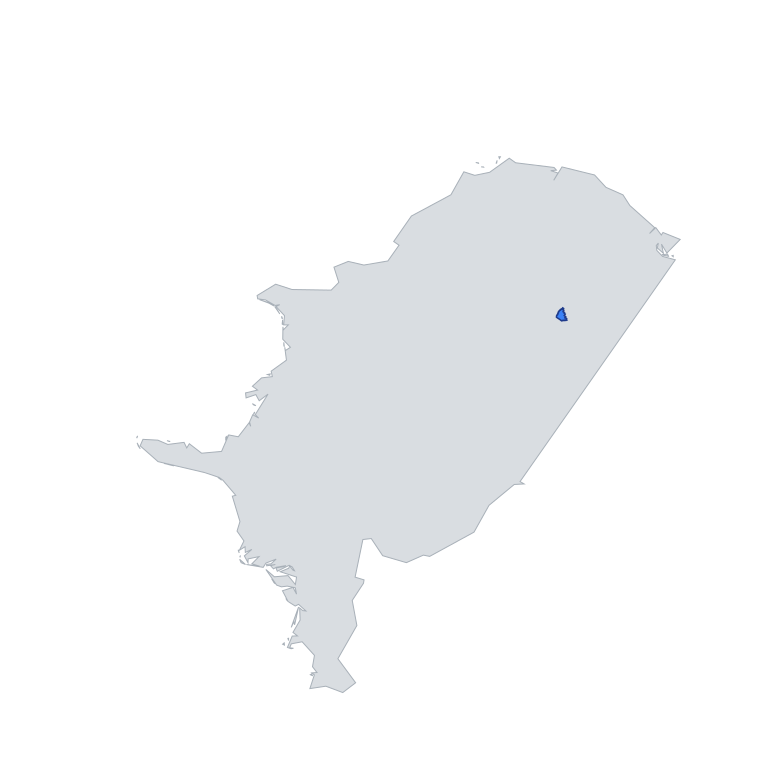 Fremont, Idaho, United States of America (highlighted), rotated 125°
{"feature_id": "52423323B19841424065600", "entity_name": "Fremont", "entity_type": "district", "adm_level": 2, "iso_a3": "USA", "parent_name": "United States of America", "parent_adm1": "Idaho", "projection": "equal_earth", "projection_center": [-111.419, 44.319], "detail": "fine", "context": "in_parent", "style": "filled", "palette": "blue", "viewbox_px": 768, "rotation_deg": 125, "n_neighbors": 0, "source": "geoboundaries", "source_scale": "gbopen_adm2", "svg_char_len": 4996}
<svg xmlns="http://www.w3.org/2000/svg" viewBox="0 0 768 768"><g transform="rotate(125 384 384)"><path d="M597.4,267.7L635.5,264.2L645.0,235.9L660.4,240.8L664.9,258.3L676.0,270.0L662.2,274.2L662.1,277.5L658.8,273.4L656.6,280.4L646.2,285.3L642.1,303.2L650.0,310.9L654.2,310.0L652.4,306.6L654.1,308.2L655.2,312.0L643.1,314.6L640.0,310.4L639.7,316.1L625.5,317.3L615.8,324.6L616.2,320.5L614.7,317.8L613.5,327.6L616.8,329.4L617.2,337.8L611.6,348.6L602.8,341.9L606.3,335.1L601.8,339.8L605.1,347.4L609.0,351.7L610.3,356.6L603.7,374.4L604.8,363.2L596.0,352.7L599.1,341.6L592.3,344.9L597.3,361.3L589.6,356.4L587.2,356.9L588.7,351.7L588.3,350.2L586.5,354.2L586.9,357.7L598.6,364.0L596.6,367.0L591.0,361.2L589.0,360.2L596.0,367.2L598.8,368.5L597.9,372.7L594.2,369.5L600.2,375.8L599.1,376.7L596.1,373.4L589.3,371.9L598.4,378.0L603.5,377.8L610.8,393.2L604.6,381.4L607.1,389.1L597.1,387.4L605.2,395.0L608.4,392.9L604.9,399.8L595.3,397.4L601.5,401.0L597.0,404.5L603.1,407.1L592.9,408.7L588.8,420.0L579.3,423.1L562.9,443.9L560.2,441.6L555.2,460.8L555.1,465.5L559.5,480.3L577.2,524.6L574.5,548.3L567.6,549.7L559.7,537.0L557.5,526.4L546.5,514.3L549.5,508.9L544.6,509.2L545.3,493.7L532.4,478.4L514.8,482.0L510.8,473.1L493.2,472.3L495.1,468.9L492.3,472.3L484.5,473.9L483.8,467.1L482.9,471.9L458.8,473.2L469.3,476.6L466.2,482.9L474.5,489.0L470.7,492.3L461.5,484.1L461.3,490.5L449.2,487.8L442.0,479.7L438.2,483.8L420.4,477.6L410.8,486.4L413.2,484.0L407.6,481.7L405.4,492.6L395.1,499.6L397.5,497.5L390.5,496.3L393.1,500.1L385.1,504.7L382.5,516.9L378.8,514.9L382.1,518.2L383.1,529.4L386.7,536.3L384.3,538.7L364.4,530.0L359.4,513.6L337.4,481.1L326.7,479.3L317.0,492.0L304.1,483.6L298.1,468.7L281.0,451.4L261.7,451.3L261.7,457.8L230.7,457.9L190.6,437.7L164.4,440.3L161.0,429.3L150.0,418.9L127.2,410.9L127.3,403.1L109.1,368.9L109.9,365.4L113.6,369.8L111.4,362.5L119.8,361.8L104.1,362.7L92.0,331.4L95.6,315.0L92.0,296.7L96.8,285.0L100.7,251.9L108.4,252.8L100.0,251.1L102.9,242.3L99.9,242.4L95.7,224.3L114.5,227.4L110.3,236.9L116.7,230.1L115.8,238.1L111.2,240.1L114.4,240.4L118.1,237.1L119.7,229.0L115.2,216.6L385.9,216.6L385.5,211.9L391.6,219.7L423.1,228.4L453.7,225.3L499.0,247.7L501.6,253.6L517.5,263.2L525.4,286.6L517.9,305.8L523.5,312.1L558.8,296.9L555.9,288.0L559.0,286.5L579.5,285.9L597.4,267.7ZM630.5,321.4L636.6,320.4L615.6,326.1L632.5,319.1L630.5,321.4ZM116.2,224.2L118.4,229.3L118.2,230.1L115.0,226.2L116.2,224.2ZM386.3,534.3L383.3,524.4L383.2,518.8L383.8,524.7L386.3,534.3ZM663.9,274.9L664.4,277.6L663.2,277.1L663.9,274.9ZM442.4,482.6L443.1,484.9L441.0,483.0L442.4,482.6ZM135.9,419.6L138.5,418.4L138.7,418.8L135.9,419.6ZM133.1,418.8L132.0,420.3L131.1,419.0L133.1,418.8ZM648.9,315.0L647.5,316.8L647.0,316.3L648.9,315.0ZM384.5,513.7L383.2,518.1L386.4,509.5L384.5,513.7ZM571.9,509.9L575.3,518.7L571.4,509.1L571.9,509.9ZM149.2,426.7L150.4,429.0L149.1,426.9L149.2,426.7ZM575.8,549.6L573.8,552.5L576.9,546.5L575.8,549.6ZM612.3,398.5L610.4,401.7L611.3,393.9L612.3,398.5ZM113.8,220.1L113.8,221.6L112.8,220.9L113.8,220.1ZM393.3,501.8L389.5,503.9L393.3,501.2L393.3,501.8ZM655.0,315.8L655.3,317.8L653.3,317.3L655.0,315.8ZM149.0,433.1L149.9,435.9L148.7,433.4L149.0,433.1ZM388.7,505.5L387.2,506.7L388.5,504.9L388.7,505.5ZM609.9,360.0L608.0,364.3L610.0,358.4L609.9,360.0ZM409.7,488.3L407.3,490.0L410.7,487.0L409.7,488.3ZM555.9,463.1L555.8,466.6L555.3,464.1L555.9,463.1ZM604.1,407.7L603.3,408.3L605.4,405.7L604.1,407.7ZM521.1,481.2L518.3,483.1L517.1,482.7L521.1,481.2ZM483.3,473.3L482.8,473.9L481.0,473.8L483.3,473.3ZM554.2,526.8L554.9,529.3L553.7,526.2L554.2,526.8ZM475.9,478.3L475.6,480.6L475.2,476.5L475.9,478.3ZM569.5,555.9L567.8,556.1L570.1,555.4L569.5,555.9ZM616.9,339.3L616.0,341.4L617.0,338.4L616.9,339.3ZM608.6,402.4L607.7,403.2L607.4,403.1L608.6,402.4Z" fill="#d9dde1" stroke="#a8b0b8" stroke-width="1"/><path d="M224.6,273.7L224.6,275.6L222.8,275.6L222.8,276.8L222.2,276.8L222.1,277.9L222.1,278.5L221.6,278.5L221.6,279.0L220.4,279.0L220.3,280.2L219.1,280.2L219.1,281.3L220.9,281.3L220.9,281.9L222.3,281.9L222.3,282.3L223.8,282.3L223.8,282.5L225.2,282.5L225.2,282.3L225.4,282.2L225.5,282.0L225.8,281.9L226.0,281.9L226.1,282.0L226.5,282.1L226.8,282.0L227.3,281.6L227.5,281.9L227.7,282.0L228.0,281.9L228.3,281.8L228.5,281.6L229.0,281.8L229.1,281.7L229.7,281.4L229.8,281.4L230.3,281.2L230.4,280.9L230.4,280.7L230.4,280.1L230.4,279.4L230.3,276.3L230.4,276.0L230.4,275.2L230.4,274.7L230.2,274.6L229.7,274.5L229.5,274.3L229.4,274.1L229.5,273.9L229.3,273.8L229.1,273.7L229.0,273.4L228.8,273.4L228.6,273.3L228.5,273.2L228.4,272.9L228.6,272.7L228.3,272.4L228.1,272.4L228.1,272.1L227.7,271.6L227.6,271.4L227.4,271.3L227.2,271.4L227.1,271.2L226.9,271.0L226.8,271.4L226.7,271.6L226.4,271.4L226.0,271.6L225.9,271.6L225.9,271.9L226.0,271.9L226.1,272.0L225.8,272.4L225.7,272.4L225.7,272.5L225.6,272.8L225.5,273.0L225.6,273.3L225.7,273.5L225.9,273.5L226.1,273.7L226.1,273.8L225.8,273.8L225.6,273.8L225.5,273.7L225.3,273.6L225.2,273.6L224.9,273.5L224.6,273.7L224.6,273.7Z" fill="#3b82f6" stroke="#1e3a8a" stroke-width="1.5"/></g></svg>